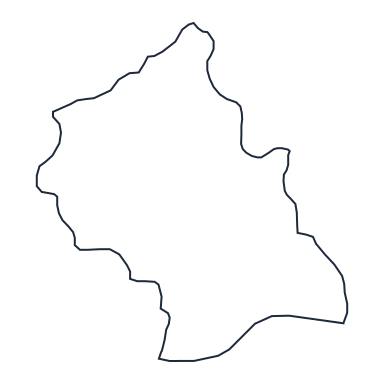 outline of Bitola
{"feature_id": "MKD-2896", "entity_name": "Bitola", "entity_type": "Statistical Region", "adm_level": 1, "iso_a3": "MKD", "parent_name": "North Macedonia", "parent_adm1": "", "projection": "mercator", "projection_center": [21.29, 41.04], "detail": "fine", "context": "isolated", "style": "outline", "palette": "slate", "viewbox_px": 384, "rotation_deg": 0, "n_neighbors": 0, "source": "natural_earth", "source_scale": "10m", "svg_char_len": 1581}
<svg xmlns="http://www.w3.org/2000/svg" viewBox="0 0 384 384"><path d="M343.4,323.3L289.2,315.7L271.8,316.1L255.0,323.7L229.2,349.5L218.1,355.8L194.1,360.9L169.6,361.0L158.9,358.7L161.1,352.1L161.9,350.8L164.6,340.0L166.2,329.7L168.8,324.0L169.7,317.7L168.0,313.2L160.7,308.6L161.6,296.6L158.5,284.6L154.7,281.8L144.7,281.2L137.3,281.2L130.1,278.9L130.1,271.5L127.0,265.2L119.3,254.4L109.8,249.2L99.9,249.2L87.7,249.8L80.0,249.8L74.8,245.2L74.8,237.8L73.1,232.1L68.4,226.4L62.4,220.1L58.9,213.2L57.2,205.2L57.2,196.7L54.1,194.1L41.7,191.9L36.8,186.2L36.8,175.5L39.5,166.2L45.4,161.9L52.5,155.5L59.4,143.3L61.0,132.6L59.4,124.0L53.0,116.8L53.0,111.8L53.3,111.7L61.0,108.3L70.7,104.0L77.2,100.4L86.4,99.0L93.9,98.2L103.1,93.9L110.6,90.4L118.7,79.6L129.5,73.2L138.7,72.5L144.1,63.9L147.8,56.7L154.3,56.0L162.4,51.7L175.3,41.7L182.3,29.5L188.8,24.5L190.2,24.1L193.6,23.0L197.9,28.1L202.8,31.6L207.3,32.1L208.3,33.2L213.6,41.1L213.6,49.0L210.8,55.5L207.3,61.1L207.3,70.3L209.7,78.7L213.6,87.0L219.8,94.4L226.8,99.0L236.2,102.3L240.4,106.5L241.8,113.0L242.2,119.0L241.4,125.9L241.4,134.7L241.1,144.0L242.8,149.1L246.4,152.8L251.9,156.0L257.5,157.4L261.3,157.4L268.7,152.8L273.9,149.1L277.4,148.2L281.9,148.2L287.9,149.5L289.7,151.1L288.2,155.2L288.2,164.8L286.5,170.5L283.9,174.5L283.5,181.3L284.8,190.9L286.9,194.9L290.3,198.3L295.4,204.0L296.8,212.5L297.2,225.5L297.6,232.9L306.2,234.6L313.0,236.9L316.0,243.7L325.0,254.5L334.4,264.6L342.1,275.9L344.2,283.9L344.7,292.4L347.2,303.7L347.2,312.2L347.0,313.4L343.4,323.2L343.4,323.3Z" fill="none" stroke="#1e293b" stroke-width="2"/></svg>